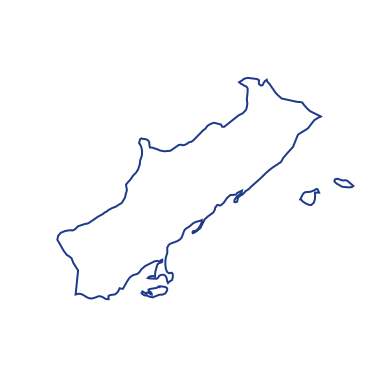 map outline of Al Hudaydah (orthographic projection), rotated 245°
{"feature_id": "YEM-151", "entity_name": "Al Hudaydah", "entity_type": "Governorate", "adm_level": 1, "iso_a3": "YEM", "parent_name": "Yemen", "parent_adm1": "", "projection": "orthographic", "projection_center": [43.034, 14.789], "detail": "fine", "context": "isolated", "style": "outline", "palette": "blue", "viewbox_px": 384, "rotation_deg": 245, "n_neighbors": 0, "source": "natural_earth", "source_scale": "10m", "svg_char_len": 4251}
<svg xmlns="http://www.w3.org/2000/svg" viewBox="0 0 384 384"><g transform="rotate(245 192 192)"><path d="M205.9,340.7L206.0,337.8L205.4,333.1L201.2,325.0L200.6,323.6L199.3,312.7L198.5,311.5L190.1,302.5L187.2,295.4L184.5,289.4L181.6,285.3L180.1,275.3L179.0,270.6L177.8,266.6L175.4,259.9L171.8,247.7L170.7,245.0L170.1,240.9L168.5,237.1L168.0,232.9L167.7,231.7L167.0,230.9L164.6,229.2L164.1,228.5L164.4,226.9L165.0,226.2L165.9,226.5L167.2,227.6L168.6,230.2L170.1,236.2L172.1,237.9L172.1,234.1L171.9,232.3L171.1,230.7L173.0,225.2L171.6,220.8L169.1,216.8L167.7,212.5L168.0,211.6L169.2,210.2L169.5,209.5L169.3,208.6L169.0,208.3L168.7,208.0L168.1,206.4L167.2,205.8L166.4,205.3L166.0,204.9L165.7,204.2L165.1,203.5L164.4,202.7L163.5,198.1L163.3,196.7L161.9,192.0L155.8,184.3L154.5,179.5L154.2,176.7L154.4,175.3L155.4,175.5L156.0,176.5L155.8,177.4L155.4,178.5L155.4,179.9L156.3,182.4L157.9,185.1L159.9,187.5L162.4,189.0L162.5,187.1L163.3,182.7L163.2,180.0L161.9,175.3L161.3,170.9L160.7,169.3L159.6,167.9L156.3,164.7L154.9,163.0L154.0,160.8L153.7,157.7L154.3,150.5L153.7,148.2L152.0,146.0L147.5,144.0L143.4,140.4L140.8,138.8L138.0,137.4L135.3,136.4L132.5,135.7L130.0,135.7L128.1,136.8L127.4,139.5L126.0,139.9L123.1,138.8L120.6,136.6L120.4,133.7L119.6,131.8L121.0,131.7L125.3,132.7L127.4,132.4L128.8,131.5L129.6,130.1L130.0,128.3L129.9,126.9L128.6,124.9L128.3,123.3L131.6,117.0L132.7,115.6L133.3,117.3L133.0,119.5L132.1,121.5L131.0,122.8L133.4,124.0L135.4,125.2L140.5,129.6L141.2,130.6L141.4,132.3L141.1,134.8L141.5,135.6L143.2,136.4L143.3,135.3L143.1,134.6L142.8,134.1L142.3,133.7L144.2,131.6L145.0,128.7L144.7,118.5L143.5,113.8L141.4,110.1L140.9,108.3L141.0,106.8L141.3,105.4L141.5,103.8L141.4,102.2L141.1,100.7L140.6,99.1L138.7,95.8L133.6,88.7L133.8,87.6L135.4,85.7L134.2,84.4L133.0,82.8L132.2,81.0L131.8,78.8L133.2,74.1L132.9,72.2L130.1,71.2L131.1,69.2L132.3,68.0L133.8,67.1L135.4,65.8L136.5,64.4L137.0,63.3L137.1,61.9L137.2,59.8L137.8,56.1L139.5,53.5L141.8,51.7L144.1,50.3L146.5,48.3L147.8,46.0L148.3,43.2L169.0,55.6L177.6,54.5L183.0,54.8L185.8,53.4L187.7,52.0L192.6,50.9L205.7,49.8L209.0,52.4L210.5,56.0L210.3,60.2L209.5,63.5L208.6,65.8L207.6,67.6L207.6,70.0L209.1,74.3L208.2,82.0L207.7,83.3L207.5,85.1L209.4,96.6L209.7,102.3L210.3,103.8L210.4,106.7L211.0,108.9L211.2,112.7L210.9,117.0L211.4,120.0L211.7,123.6L215.2,128.9L218.0,131.0L221.2,133.8L226.6,135.3L227.7,137.6L229.2,141.3L231.8,145.7L233.2,149.5L235.1,152.5L239.1,156.4L242.3,158.2L246.4,162.1L250.5,164.2L253.9,165.0L256.4,165.1L258.8,164.7L261.9,167.5L261.9,169.0L261.1,169.7L259.1,172.8L257.3,174.0L255.4,174.3L251.4,172.9L250.1,172.7L249.1,174.6L245.4,178.6L243.0,180.7L240.6,184.1L238.5,189.9L240.2,199.7L239.6,201.8L238.1,203.7L237.7,206.0L237.9,208.3L238.3,210.3L237.8,212.5L238.2,215.0L243.3,228.4L243.6,230.5L245.3,233.8L245.7,235.4L245.8,238.8L245.4,241.3L240.9,246.8L238.4,246.9L237.5,248.7L241.8,266.8L241.9,271.3L243.6,275.7L245.8,277.6L248.7,279.5L252.7,280.8L259.9,285.1L262.4,286.2L264.5,285.9L266.1,284.4L268.0,283.3L269.6,282.0L271.6,281.1L272.0,284.8L272.6,287.1L271.9,290.7L266.9,298.7L264.9,300.0L263.7,299.2L261.7,298.3L259.4,299.4L259.0,301.1L260.8,303.4L261.8,305.1L262.1,307.2L260.5,306.8L257.2,307.9L246.5,309.7L243.4,310.8L238.8,312.8L229.1,325.6L227.8,328.1L226.4,329.8L223.6,330.3L219.1,331.6L215.3,333.2L206.3,340.5L205.9,340.7L205.9,340.7ZM138.6,287.8L139.5,286.9L143.1,291.5L143.9,293.3L143.9,294.8L142.1,299.6L141.9,303.8L142.2,306.1L141.3,307.0L137.7,306.9L139.5,303.2L136.8,302.1L133.6,300.4L132.4,299.3L130.9,298.0L130.7,297.4L129.8,294.6L130.9,292.6L133.5,290.3L136.5,288.4L138.6,287.8ZM122.9,105.1L119.7,107.2L119.3,108.1L119.8,108.3L119.9,108.9L119.4,109.8L118.2,110.6L116.4,111.6L116.0,112.2L117.4,112.5L119.0,112.1L120.7,111.1L121.9,111.3L121.9,112.9L120.4,118.0L120.0,119.8L120.3,120.9L120.0,121.9L119.4,122.5L119.5,122.7L120.3,122.5L120.1,123.3L117.5,127.2L116.0,128.6L114.3,128.5L112.9,127.3L111.4,125.1L111.4,122.1L112.7,118.9L113.1,112.0L114.6,109.8L116.3,108.1L117.5,107.1L118.0,105.9L118.6,105.0L121.4,103.5L122.3,104.0L122.9,105.1ZM133.2,330.4L138.7,326.5L141.4,325.5L143.0,326.8L142.6,329.3L138.7,333.5L137.7,336.3L136.4,337.6L129.3,340.8L129.0,339.2L128.9,338.9L129.9,336.1L133.2,330.4Z" fill="none" stroke="#1e3a8a" stroke-width="2"/></g></svg>